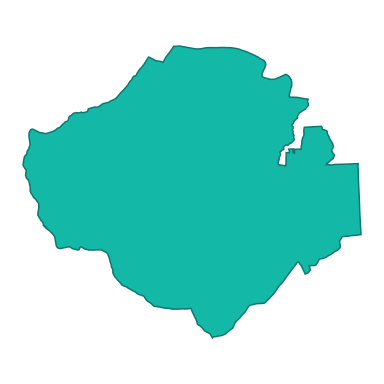 Pargaresti, Bacau, Romania (Equal Earth projection)
{"feature_id": "2599482B11675765739939", "entity_name": "Pargaresti", "entity_type": "district", "adm_level": 2, "iso_a3": "ROU", "parent_name": "Romania", "parent_adm1": "Bacau", "projection": "equal_earth", "projection_center": [26.649, 46.243], "detail": "fine", "context": "isolated", "style": "filled", "palette": "teal", "viewbox_px": 384, "rotation_deg": 0, "n_neighbors": 0, "source": "geoboundaries", "source_scale": "gbopen_adm2", "svg_char_len": 5924}
<svg xmlns="http://www.w3.org/2000/svg" viewBox="0 0 384 384"><path d="M265.1,302.6L272.6,295.0L274.3,293.0L279.0,286.1L279.4,285.6L281.1,284.0L283.4,281.3L286.5,276.8L298.0,261.5L298.7,262.3L301.0,265.3L301.9,267.0L305.2,274.1L305.7,273.9L308.5,272.5L309.3,271.4L310.4,270.1L310.1,268.8L309.6,267.3L308.9,265.9L311.2,265.6L314.8,265.5L315.9,265.0L316.2,264.7L318.0,261.6L318.7,260.0L319.6,259.3L320.5,258.8L322.0,258.7L325.3,257.6L326.2,257.2L328.0,255.9L331.4,254.1L333.8,252.2L334.6,251.7L336.9,250.6L337.6,250.1L339.9,247.9L340.2,247.3L340.4,246.0L339.9,243.6L339.6,241.2L339.9,240.4L342.4,236.6L348.6,236.1L352.5,235.5L356.4,235.2L361.0,234.6L359.8,213.1L359.4,200.5L358.3,176.8L358.3,171.3L358.0,167.1L358.1,163.6L347.1,164.1L334.7,164.5L332.8,164.7L331.3,165.0L329.8,165.0L328.1,164.7L326.4,164.7L326.7,164.1L326.9,163.2L327.7,163.2L328.4,162.6L331.3,159.8L333.2,158.5L332.9,158.0L333.9,156.8L334.4,155.3L334.3,154.7L333.0,153.3L332.0,151.4L331.8,150.5L332.0,149.4L333.1,147.3L333.3,146.5L333.3,145.9L332.8,144.0L330.9,140.5L329.8,138.9L329.4,138.0L329.0,136.7L327.3,133.6L327.2,133.2L327.3,131.8L326.8,131.0L325.9,130.4L322.3,129.2L322.1,128.2L322.1,127.4L321.2,126.3L304.3,127.3L303.8,130.2L304.0,134.2L303.8,135.4L303.4,136.6L302.7,138.0L301.9,141.0L301.7,144.1L301.2,146.7L301.2,148.5L301.1,149.3L298.3,149.1L295.1,149.3L294.1,149.1L294.4,149.9L294.7,152.3L294.5,153.1L293.7,153.1L293.1,152.7L293.0,151.9L293.1,151.2L292.8,149.8L292.8,149.0L288.7,149.1L289.3,150.5L289.3,152.7L286.2,152.7L286.0,162.6L286.1,164.0L285.7,164.7L285.7,165.8L278.3,164.7L278.2,162.3L278.6,160.9L279.2,159.5L279.1,157.6L279.2,157.0L279.7,156.5L280.5,154.6L279.9,152.3L280.4,151.2L281.4,151.1L281.5,150.7L281.9,150.2L282.5,149.9L283.4,149.6L283.8,149.2L283.9,148.7L283.4,147.4L283.5,146.9L284.1,146.3L286.0,144.9L287.9,145.2L289.3,143.8L290.5,143.4L291.4,142.8L293.2,141.1L294.2,139.8L293.9,138.9L294.1,138.8L293.7,137.1L293.8,136.5L293.8,136.0L294.0,135.4L293.5,135.2L293.2,133.9L292.9,133.3L293.1,131.9L293.1,131.1L292.8,130.7L292.5,130.1L292.5,129.4L293.0,128.7L293.2,128.1L293.1,127.3L293.0,126.6L292.4,126.1L291.8,125.1L291.9,124.4L293.0,123.8L293.5,123.4L293.7,122.2L293.9,121.6L294.7,120.5L295.5,119.7L297.4,118.2L297.6,117.7L297.4,117.0L297.5,116.3L297.8,115.5L298.5,114.3L299.5,112.9L303.3,110.3L305.5,109.2L305.9,108.3L307.1,106.8L308.5,105.3L308.4,104.1L307.5,101.5L307.8,99.8L308.2,99.3L308.0,99.0L305.3,98.9L297.6,97.4L290.1,97.1L289.2,96.5L289.4,94.7L290.6,89.4L291.7,85.8L291.8,82.7L291.3,79.9L289.3,76.7L288.1,75.5L286.4,74.6L285.7,74.4L275.1,79.2L270.7,79.4L265.8,78.1L262.6,77.1L262.2,76.0L261.9,74.7L262.3,73.0L263.2,71.0L264.8,67.7L265.8,64.9L265.5,62.8L263.9,60.4L260.9,59.0L257.7,56.9L252.9,54.5L248.9,52.8L244.5,51.0L242.2,50.4L239.7,49.3L235.7,48.4L231.0,47.7L221.0,47.5L215.9,47.7L209.5,47.6L205.4,47.9L200.8,48.8L197.4,49.0L194.4,48.7L179.5,46.0L173.7,46.4L170.7,50.9L165.7,57.4L163.2,62.3L161.6,61.7L158.8,61.1L156.3,60.8L155.5,60.5L154.7,60.2L153.6,59.4L151.5,58.5L149.3,57.2L148.6,57.1L147.4,59.0L146.6,60.1L143.8,64.6L140.8,68.2L139.6,69.4L138.5,71.0L136.7,74.0L136.4,75.0L135.9,75.5L135.1,75.8L134.5,76.1L133.6,76.3L132.2,78.3L132.0,79.5L130.0,81.4L128.4,83.9L128.0,84.9L124.6,88.8L122.3,91.2L121.1,92.3L116.9,97.3L115.2,99.0L114.5,99.2L113.2,99.9L112.2,100.3L110.2,101.2L109.4,101.9L108.0,102.5L103.5,103.5L102.4,104.0L101.6,104.5L99.5,106.2L96.8,107.4L94.9,107.0L88.3,108.8L87.6,111.6L83.1,112.8L81.2,112.1L79.5,112.8L78.0,112.9L76.7,112.6L76.0,112.7L73.5,113.3L71.3,115.3L70.2,116.0L69.2,116.8L68.7,117.8L68.5,119.4L68.3,120.0L68.0,120.6L67.5,121.1L65.2,121.9L64.2,123.1L62.6,124.3L61.6,125.4L60.8,126.5L60.3,127.1L58.9,127.8L57.7,128.1L57.3,128.4L56.3,129.4L54.9,130.4L53.1,131.4L48.2,133.0L45.8,133.6L39.5,132.5L37.4,131.4L33.2,129.3L32.0,129.1L30.8,129.6L30.2,130.5L29.5,132.0L29.1,132.9L29.0,133.8L29.0,135.9L29.2,138.1L30.0,143.8L30.0,145.3L29.4,146.5L28.7,148.9L27.3,150.9L26.7,154.2L24.5,156.5L23.7,160.3L23.4,163.3L23.0,164.2L23.2,165.2L23.5,166.1L24.6,168.1L25.8,169.5L26.3,170.6L25.9,172.2L25.6,175.5L25.9,176.2L26.2,177.6L27.4,179.2L28.0,179.7L28.7,180.8L29.3,183.0L29.6,185.0L30.1,186.2L30.2,191.2L30.6,192.3L31.5,194.0L32.1,194.6L33.6,197.4L34.6,198.3L35.7,199.2L37.1,201.5L37.7,202.3L38.7,203.1L38.8,206.9L38.6,209.2L38.1,211.8L37.9,213.3L37.9,215.3L41.0,220.5L42.3,221.8L43.5,223.7L43.2,225.0L44.3,225.5L44.4,225.8L44.0,226.0L44.2,226.4L44.7,226.3L46.0,226.9L46.3,227.4L45.5,227.8L49.7,231.0L53.2,234.6L54.6,236.3L56.2,245.2L56.5,246.5L58.0,248.0L58.8,248.4L60.3,248.5L61.6,248.4L63.9,247.7L65.6,247.5L66.2,247.2L68.5,246.9L69.6,246.9L70.5,247.2L72.4,248.6L77.8,250.0L79.0,249.7L79.6,249.0L79.6,247.8L79.9,247.4L80.5,247.0L81.6,246.9L84.8,249.1L86.9,249.5L88.9,250.1L91.8,250.0L93.7,250.1L96.4,249.8L101.3,249.9L106.2,252.4L107.2,253.3L108.0,254.5L108.5,256.2L109.1,257.3L110.3,262.3L111.0,263.9L111.3,264.9L111.3,266.6L112.7,269.3L112.9,269.7L112.8,272.3L112.9,273.0L113.4,274.1L114.7,276.6L115.2,277.3L116.1,278.0L117.5,280.0L119.4,281.9L120.7,283.3L121.6,284.7L122.1,285.1L123.2,285.7L126.8,287.1L128.2,288.2L129.7,288.9L133.2,291.0L135.1,291.8L137.2,293.6L139.7,294.8L140.9,295.0L142.6,295.8L143.7,296.1L144.0,296.3L144.6,297.2L145.4,298.7L146.5,300.2L147.1,300.7L147.5,301.2L149.1,302.1L151.2,303.5L152.9,305.3L154.0,306.2L154.5,306.4L156.5,306.5L158.8,307.0L159.7,307.0L160.8,307.3L162.1,307.5L164.4,308.1L169.3,308.4L170.4,308.6L171.9,309.1L177.9,309.1L181.8,308.9L186.0,309.0L191.0,308.4L192.2,311.6L195.3,318.1L195.9,318.8L196.7,321.4L197.4,324.0L198.7,325.3L199.4,325.3L202.1,327.7L204.6,330.9L210.2,333.9L211.9,337.1L212.6,338.0L212.8,337.5L213.1,337.1L214.6,336.7L216.3,336.6L218.6,336.0L220.9,335.7L222.2,335.4L224.9,334.2L225.7,333.7L227.8,331.8L232.7,328.1L235.2,322.5L237.2,320.4L240.4,317.3L241.4,315.8L245.4,311.6L248.1,307.0L248.9,306.0L250.0,305.3L252.1,304.7L254.1,304.3L256.6,303.7L264.0,303.3L265.1,302.6Z" fill="#14b8a6" stroke="#0f766e" stroke-width="1.5"/></svg>